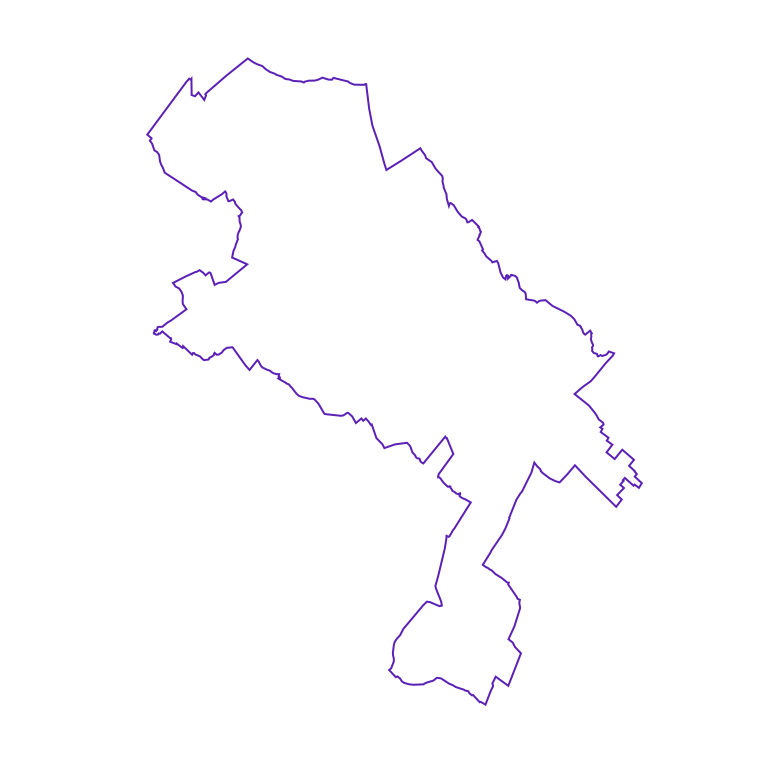 the district of Botosani, Botosani, Romania, rotated 188°
{"feature_id": "2599482B38392608659449", "entity_name": "Botosani", "entity_type": "district", "adm_level": 2, "iso_a3": "ROU", "parent_name": "Romania", "parent_adm1": "Botosani", "projection": "mercator", "projection_center": [26.676, 47.753], "detail": "fine", "context": "isolated", "style": "outline", "palette": "violet", "viewbox_px": 768, "rotation_deg": 188, "n_neighbors": 0, "source": "geoboundaries", "source_scale": "gbopen_adm2", "svg_char_len": 6142}
<svg xmlns="http://www.w3.org/2000/svg" viewBox="0 0 768 768"><g transform="rotate(188 384 384)"><path d="M653.1,598.0L648.4,595.0L649.7,592.4L647.1,589.7L643.9,583.4L640.9,582.1L638.6,579.6L636.7,573.1L634.9,569.8L633.1,567.4L630.5,562.7L600.7,548.7L597.2,548.0L595.0,545.6L590.9,543.7L587.6,543.2L589.4,541.9L589.2,541.7L584.7,542.2L580.7,540.6L578.9,542.8L571.0,549.3L568.1,552.6L566.9,551.3L566.3,549.9L566.2,547.9L563.5,543.4L562.9,543.4L559.1,545.7L556.8,543.5L556.6,542.2L556.0,541.5L550.8,537.0L549.8,536.5L548.3,534.1L549.4,532.5L549.9,530.8L551.3,530.0L550.2,528.5L549.6,524.8L548.2,522.0L547.6,519.7L548.6,515.1L548.9,514.9L549.6,511.7L549.4,508.5L548.8,507.1L550.2,501.3L550.4,498.9L551.6,494.8L552.0,488.1L536.1,483.5L554.8,463.1L561.7,461.2L565.5,458.6L571.2,469.7L572.3,470.2L572.9,470.0L575.8,466.8L578.4,468.9L582.5,471.1L585.0,469.1L586.4,468.6L594.9,463.2L607.0,454.7L604.0,451.5L600.1,450.1L597.2,446.9L595.4,443.4L595.0,438.2L594.4,435.3L590.0,430.5L603.9,417.1L607.1,414.6L611.5,409.8L615.7,409.1L616.1,408.5L616.3,407.4L616.0,406.3L617.0,404.8L618.0,405.5L618.7,405.1L618.4,404.2L619.1,402.6L618.7,401.8L617.7,401.8L616.6,401.1L614.5,401.6L614.1,402.7L612.9,402.6L610.9,405.2L602.5,399.9L601.2,399.6L601.0,398.8L601.7,396.1L595.1,394.6L595.0,395.2L588.4,391.6L588.0,392.0L588.1,393.5L578.1,386.3L577.4,388.1L576.5,388.2L574.9,387.0L570.0,385.7L566.7,383.1L565.4,382.6L561.2,383.8L560.7,384.6L560.5,385.8L559.0,386.5L556.3,389.3L556.5,390.4L556.1,391.3L553.7,389.7L551.8,390.1L549.0,392.5L547.5,395.3L544.8,397.9L539.1,399.3L523.8,383.2L519.1,379.2L512.7,390.1L511.3,388.9L508.4,384.8L506.8,383.5L501.3,381.7L498.9,381.4L496.6,379.9L494.1,379.1L491.5,378.8L489.2,379.2L489.4,376.5L488.2,376.3L487.9,375.6L489.2,374.6L481.1,371.4L480.9,371.0L478.5,370.5L476.9,369.4L476.1,368.3L475.2,367.9L469.2,362.1L466.5,360.4L462.6,359.6L455.4,359.0L452.1,359.5L450.6,359.0L446.2,355.4L439.1,346.4L438.4,346.0L422.2,346.5L419.7,347.3L416.6,350.2L416.0,350.4L415.0,350.2L410.9,347.4L406.4,341.4L401.6,346.7L399.4,344.7L397.1,347.3L394.1,344.7L391.2,341.6L390.5,342.2L384.0,329.4L377.2,324.1L374.7,320.6L364.8,325.7L353.0,329.0L350.1,326.7L349.0,325.4L346.3,320.2L343.2,317.7L342.3,316.1L340.8,315.1L338.4,315.0L337.3,312.6L336.0,311.6L334.0,310.8L316.0,340.4L314.5,338.8L314.1,339.0L305.6,324.3L317.2,302.5L317.6,300.0L317.4,299.1L316.6,299.3L315.3,298.7L311.3,294.5L306.6,291.2L305.2,291.3L304.8,291.9L304.0,291.7L304.0,291.1L303.5,290.2L302.2,289.1L301.5,287.8L298.6,286.6L297.4,285.7L295.6,285.3L293.4,286.3L293.2,285.4L293.8,284.2L293.4,283.3L290.7,281.9L287.1,281.0L281.6,278.8L294.4,250.3L295.1,249.3L298.0,242.2L298.6,241.7L300.9,242.3L300.7,239.0L300.9,229.5L303.6,201.5L305.0,191.2L304.2,188.9L297.1,176.5L295.9,172.6L298.0,171.7L308.1,174.4L311.3,174.4L314.4,170.3L330.9,143.9L333.0,137.7L336.0,133.2L337.5,130.1L337.9,126.9L337.8,119.0L337.4,117.0L335.9,112.9L335.7,110.6L337.3,103.5L339.1,101.5L331.5,95.3L330.0,96.3L327.2,94.7L324.9,92.0L322.3,90.8L317.0,90.1L312.9,90.3L302.9,92.1L302.5,92.8L299.5,94.6L293.9,97.1L290.7,100.4L286.6,100.4L277.5,96.2L274.1,95.4L270.7,93.9L262.3,92.4L261.2,91.8L257.8,91.5L256.2,89.5L253.5,87.9L252.5,88.4L244.9,82.2L244.0,82.7L238.9,80.6L235.8,94.0L233.9,100.1L235.0,102.6L232.6,109.7L218.9,102.4L210.9,136.4L217.6,141.7L220.7,146.0L225.2,148.5L221.1,162.3L218.1,180.5L218.2,182.3L218.6,182.9L219.6,186.4L219.4,189.2L221.9,189.9L222.8,191.5L233.1,202.7L232.8,204.6L234.2,204.5L240.8,208.5L247.2,211.3L251.2,214.3L254.0,215.3L255.9,216.5L257.3,216.7L261.0,218.7L255.4,231.2L254.1,234.9L246.2,250.8L243.7,257.8L241.1,268.1L241.0,268.6L241.4,269.0L236.8,287.8L233.7,294.7L232.4,296.6L225.7,316.8L224.2,327.1L220.7,323.7L217.5,321.5L216.6,319.6L216.1,319.5L215.5,318.5L206.7,313.6L200.5,311.6L196.4,311.0L189.9,320.1L183.6,330.1L171.5,320.3L137.0,294.7L132.5,302.7L137.7,306.4L131.9,314.4L136.1,317.2L133.2,321.4L134.1,322.0L132.4,324.5L122.7,318.0L121.8,319.3L117.1,316.6L114.9,321.7L122.8,327.2L121.1,330.0L123.5,332.1L123.4,332.5L129.9,337.1L125.9,343.7L138.9,352.1L145.1,341.8L154.1,347.3L149.4,355.7L155.5,358.9L154.2,362.0L162.7,366.6L161.4,370.0L163.8,371.1L160.9,374.4L161.6,376.0L166.5,378.9L169.2,382.6L171.9,385.5L178.2,391.3L193.9,400.6L187.2,408.3L179.5,415.7L176.0,421.1L167.4,435.4L161.5,443.8L160.4,446.4L165.9,447.5L167.1,444.9L168.6,443.6L171.9,442.1L173.5,442.8L175.8,441.1L176.4,441.4L177.1,443.2L177.7,443.6L180.4,443.8L182.6,445.8L182.5,447.5L183.1,449.0L182.3,451.3L182.4,451.9L183.7,453.7L185.3,457.0L185.3,459.3L185.8,462.9L185.4,463.2L187.3,465.5L191.5,460.9L192.1,461.0L193.8,462.5L195.4,465.7L197.2,467.8L197.1,468.2L197.9,468.9L200.8,469.7L204.4,474.5L208.3,477.5L215.9,480.8L227.9,484.7L235.7,489.5L240.1,488.5L242.1,487.6L243.8,485.8L245.8,487.2L247.3,487.5L255.1,487.7L256.3,493.3L257.5,494.7L260.9,496.4L263.1,498.2L264.6,502.9L266.6,506.5L266.7,507.3L268.9,509.2L273.1,509.8L273.5,509.5L273.6,508.5L275.8,505.7L276.3,508.5L277.3,509.0L278.1,508.2L278.2,504.5L281.0,506.1L284.1,510.7L287.8,519.7L289.4,521.6L293.6,519.5L294.8,520.9L300.5,524.6L302.9,527.6L305.5,529.9L304.7,531.1L309.4,538.6L311.4,539.7L309.9,544.9L310.2,545.1L309.3,547.4L309.3,548.5L310.1,549.0L311.1,551.3L312.5,552.4L312.0,553.0L312.7,553.6L319.6,558.7L322.8,556.0L323.9,555.7L325.4,558.4L326.8,559.5L329.8,560.4L331.2,561.4L334.9,564.7L339.9,570.8L343.2,572.5L344.1,571.9L344.5,569.4L347.5,575.9L348.6,580.7L352.1,586.5L352.6,588.6L354.2,592.4L354.4,595.9L355.3,598.1L362.8,604.3L367.6,610.4L373.8,613.5L375.1,616.3L379.2,620.3L380.8,622.5L399.4,606.3L411.4,596.3L414.2,602.0L421.4,618.7L431.4,638.2L437.0,654.5L443.4,678.5L444.4,678.3L445.3,677.5L455.1,676.3L459.1,677.2L460.8,677.9L461.3,678.5L476.7,680.1L477.9,678.1L481.3,677.7L487.6,678.8L491.7,676.1L494.9,674.8L500.7,673.9L504.6,672.3L505.3,671.4L507.9,672.1L515.9,671.5L520.2,672.4L523.9,672.3L528.4,674.3L533.6,675.2L535.1,676.0L540.6,677.2L545.3,679.5L548.7,681.9L554.1,683.0L558.2,684.4L564.2,687.4L583.1,667.3L599.7,648.3L601.3,646.1L600.4,645.1L601.5,640.3L608.3,646.9L611.2,642.7L614.7,643.4L617.2,659.6L617.8,658.7L618.6,658.6L619.4,659.2L621.9,655.4L653.1,598.0Z" fill="none" stroke="#5b21b6" stroke-width="2"/></g></svg>